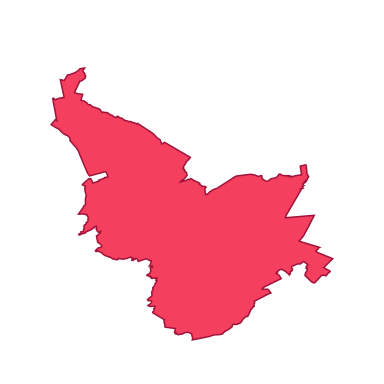 Tulancingo de Bravo, Hidalgo, Mexico (Equal Earth projection), rotated 77°
{"feature_id": "50627088B20237982609440", "entity_name": "Tulancingo de Bravo", "entity_type": "district", "adm_level": 2, "iso_a3": "MEX", "parent_name": "Mexico", "parent_adm1": "Hidalgo", "projection": "equal_earth", "projection_center": [-98.365, 20.132], "detail": "fine", "context": "isolated", "style": "filled", "palette": "rose", "viewbox_px": 384, "rotation_deg": 77, "n_neighbors": 0, "source": "geoboundaries", "source_scale": "gbopen_adm2", "svg_char_len": 6027}
<svg xmlns="http://www.w3.org/2000/svg" viewBox="0 0 384 384"><g transform="rotate(77 192 192)"><path d="M203.3,74.9L200.2,75.9L193.5,74.9L191.1,75.0L191.1,80.7L199.9,81.4L199.4,87.2L199.6,92.5L199.2,92.8L198.8,92.5L198.8,93.2L198.3,93.2L197.8,93.8L198.0,94.1L198.5,93.6L198.8,94.2L198.7,94.6L198.1,94.9L197.8,94.8L196.6,99.3L196.3,100.0L194.6,101.8L194.2,102.6L194.3,103.2L196.3,105.6L197.0,107.3L196.8,111.8L197.6,113.9L198.5,115.5L198.5,115.9L198.2,117.2L195.9,119.8L194.6,120.5L191.9,120.4L191.5,120.8L191.8,123.8L189.6,127.0L187.9,131.0L186.4,145.7L194.0,166.6L194.4,170.6L196.0,175.0L197.2,176.4L197.6,179.2L196.4,179.1L194.5,179.6L194.1,178.9L191.9,178.9L190.7,177.3L190.2,177.3L189.3,178.5L189.0,179.1L189.1,180.3L188.5,180.9L187.7,181.4L187.1,182.3L186.5,182.4L186.0,183.2L185.7,183.1L185.5,182.5L185.1,182.5L183.4,184.6L183.0,185.5L182.8,185.5L181.8,186.6L181.4,187.7L180.8,187.8L179.2,189.5L179.2,190.2L178.7,190.4L179.3,191.6L178.6,192.9L179.0,193.5L179.3,194.6L179.7,201.1L178.0,198.9L178.3,198.2L178.0,197.4L176.4,195.1L174.6,193.0L171.7,193.0L170.8,193.9L170.6,194.4L170.1,194.1L169.4,194.7L168.6,194.2L168.2,194.3L167.4,195.5L166.2,194.6L165.7,195.0L162.6,191.6L161.9,191.1L161.5,191.1L159.4,187.5L157.9,185.8L137.4,207.6L138.6,210.6L133.8,211.4L131.5,213.7L126.0,217.0L112.8,229.7L113.0,230.1L113.2,230.6L111.7,232.4L111.0,233.8L111.0,234.4L109.6,235.6L109.2,237.5L107.9,239.6L107.6,240.6L106.9,241.2L106.0,242.9L105.0,243.0L104.4,243.5L103.4,245.8L102.0,246.6L101.9,247.3L101.4,247.9L101.6,248.2L102.3,248.5L101.5,250.8L99.5,252.4L98.9,253.4L96.6,255.9L95.7,256.4L95.0,258.7L94.1,260.5L94.5,261.5L94.4,261.8L91.2,262.9L90.0,263.9L86.5,269.7L84.0,271.6L83.7,273.0L82.9,273.8L81.3,274.6L79.2,276.5L77.6,279.6L72.2,276.5L70.8,280.6L68.8,284.2L58.7,276.3L59.0,274.9L57.0,270.4L55.0,269.5L53.3,270.2L52.5,269.8L50.2,271.0L49.0,270.9L47.1,268.7L46.8,270.7L46.8,273.9L48.0,275.1L49.3,278.9L49.8,281.9L50.1,284.5L50.0,287.0L54.6,291.4L52.9,295.0L71.0,295.3L70.8,300.9L71.3,304.8L69.6,305.6L69.6,306.7L92.1,307.7L90.7,308.8L94.7,314.1L98.9,309.9L100.3,308.0L106.4,304.1L106.8,303.2L107.2,303.1L108.1,302.2L108.5,301.3L109.2,300.5L111.5,299.1L113.1,298.8L114.4,299.4L122.9,294.8L125.9,293.7L147.8,290.0L150.5,289.4L153.3,288.3L152.7,272.5L153.4,271.1L158.4,270.4L158.3,273.4L158.6,273.2L159.6,280.3L160.4,280.3L161.0,286.5L156.3,287.6L155.9,289.5L159.5,296.3L160.3,297.2L162.5,294.6L164.3,295.7L164.8,295.8L167.8,296.0L171.2,295.7L175.2,297.6L180.7,298.6L181.0,299.2L180.8,299.9L181.4,300.2L181.6,300.9L183.2,302.1L188.0,307.7L189.1,302.1L189.5,302.0L190.6,299.4L191.5,299.6L192.1,299.1L193.2,298.8L194.3,299.0L195.2,299.6L196.6,299.7L197.2,300.2L198.1,302.0L198.7,302.1L199.7,303.1L199.9,304.2L200.3,304.6L201.4,305.0L202.6,305.0L204.0,306.0L205.1,306.1L205.8,307.3L206.0,308.1L205.9,309.2L206.9,309.0L207.6,311.9L208.5,311.7L208.5,310.4L208.0,309.4L208.1,306.7L207.9,305.1L207.7,304.8L207.2,304.7L206.0,298.6L205.3,297.0L205.1,297.1L204.8,295.4L204.1,295.2L203.6,293.0L205.7,292.9L205.8,293.7L208.5,293.3L209.2,292.6L210.4,292.4L210.6,290.9L209.7,290.3L210.0,289.7L211.9,291.4L213.4,295.0L219.7,295.2L222.5,292.8L223.5,292.3L224.9,292.4L225.3,292.8L225.4,295.9L226.9,298.6L227.5,299.2L228.1,299.3L228.6,298.1L228.1,297.4L230.1,294.7L231.6,293.1L232.4,292.9L234.6,290.8L235.5,289.0L237.0,287.2L237.5,285.7L239.0,284.7L239.6,284.0L240.7,281.2L241.2,280.7L241.0,279.2L240.1,278.8L241.3,276.1L241.8,274.6L242.2,270.9L241.5,266.3L242.6,266.0L243.1,264.5L244.8,266.0L244.8,266.5L245.3,265.5L245.5,264.7L244.2,263.0L244.8,262.7L244.1,261.5L244.6,260.6L247.6,259.9L246.7,251.6L249.7,248.1L249.7,247.0L252.4,248.3L254.4,249.8L254.5,250.0L255.1,247.3L256.4,247.5L256.1,248.3L256.4,249.8L258.6,249.7L259.7,250.0L260.9,251.0L261.6,251.2L262.2,252.5L262.4,254.1L262.9,254.7L263.2,254.7L263.9,253.7L264.9,251.2L265.4,251.0L265.9,251.7L267.1,250.6L267.4,249.8L267.4,248.0L267.8,246.8L267.9,245.6L269.7,247.1L270.4,246.1L272.7,248.2L274.6,249.3L276.5,251.8L276.8,251.6L277.1,251.8L277.3,251.6L277.9,251.7L280.1,253.6L282.2,254.1L283.6,254.0L284.4,254.9L286.7,259.3L287.1,259.7L288.2,258.8L288.4,257.4L289.1,256.1L290.0,256.0L290.9,256.5L291.9,258.3L292.6,260.5L293.4,259.8L294.4,257.8L294.7,254.0L294.9,253.7L295.3,253.6L296.2,254.0L297.2,255.7L298.6,255.4L299.1,255.6L300.0,257.2L301.0,257.3L309.7,248.2L309.9,247.4L310.7,247.8L311.4,248.4L311.9,247.9L313.5,248.6L314.5,248.1L317.3,248.8L317.9,248.0L321.3,238.9L324.8,240.6L325.3,239.8L326.3,240.3L326.5,240.1L326.4,239.4L326.8,238.9L326.3,238.8L327.3,238.3L328.1,237.4L327.8,236.5L328.3,233.7L327.5,231.1L327.5,229.5L328.1,226.8L329.7,224.8L330.7,224.3L335.1,224.3L336.2,225.0L336.7,207.3L336.5,206.6L336.3,202.1L337.2,196.7L337.1,193.9L336.2,193.2L335.7,191.9L335.1,191.5L335.0,190.1L334.6,189.4L334.5,188.1L332.6,183.6L330.5,182.2L330.2,181.1L330.8,179.8L331.0,178.1L330.7,174.9L329.5,172.9L327.4,170.9L326.4,169.3L325.4,167.0L325.8,166.2L325.6,165.5L321.2,162.0L319.9,161.5L319.8,160.6L318.0,158.8L317.9,158.1L317.3,157.1L315.2,156.9L314.8,156.2L313.7,155.8L312.5,156.0L308.5,140.3L308.1,137.8L304.2,139.6L303.6,140.5L302.7,145.4L301.7,145.0L300.6,142.3L296.5,124.6L293.0,125.7L290.3,128.2L289.8,126.9L289.1,127.3L287.5,124.0L287.5,122.0L290.2,119.0L293.6,116.5L294.8,115.9L294.5,115.3L293.1,114.3L292.0,114.4L291.1,112.0L289.9,111.4L288.5,112.0L287.0,111.5L286.0,106.7L285.9,105.1L286.5,102.5L286.2,102.2L284.8,98.8L289.1,95.4L290.5,97.6L291.5,96.8L292.1,98.0L293.6,96.9L294.5,97.5L296.0,99.4L298.7,100.7L306.0,96.0L307.2,95.0L308.1,93.5L308.0,92.8L306.5,90.4L302.6,84.8L302.5,83.8L303.1,81.2L303.9,80.3L301.5,77.3L301.3,76.6L300.6,75.2L300.2,75.2L295.4,80.7L288.6,69.9L279.2,83.2L277.6,84.8L277.2,84.2L276.7,83.9L276.4,82.5L275.1,81.6L274.7,80.1L264.0,98.7L259.9,93.3L250.7,85.2L242.2,78.1L238.1,106.7L235.8,105.4L214.4,85.2L214.4,85.5L213.3,85.8L213.3,82.8L211.6,83.3L211.0,81.5L210.4,82.2L209.1,82.1L208.9,81.2L208.4,81.2L208.2,79.6L206.9,79.9L207.0,79.2L207.6,79.2L207.0,77.8L206.3,78.0L206.4,77.7L203.3,74.9Z" fill="#f43f5e" stroke="#9f1239" stroke-width="1.5"/></g></svg>